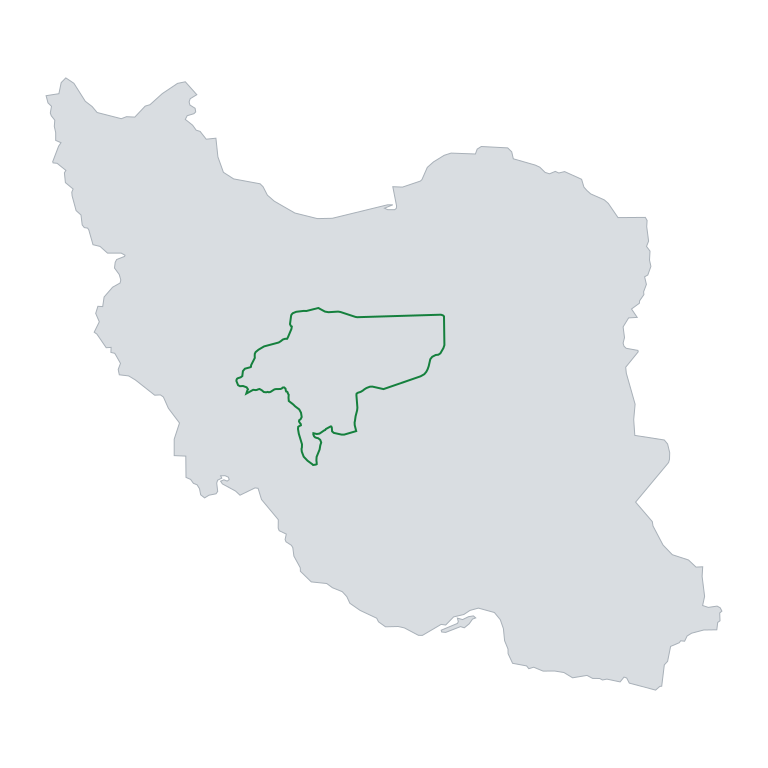 Iran, with Esfahan highlighted
{"feature_id": "IRN-3211", "entity_name": "Esfahan", "entity_type": "Province", "adm_level": 1, "iso_a3": "IRN", "parent_name": "Iran", "parent_adm1": "", "projection": "mercator", "projection_center": [51.611, 32.657], "detail": "fine", "context": "in_parent", "style": "outline", "palette": "green", "viewbox_px": 768, "rotation_deg": 0, "n_neighbors": 0, "source": "natural_earth", "source_scale": "10m", "svg_char_len": 5649}
<svg xmlns="http://www.w3.org/2000/svg" viewBox="0 0 768 768"><path d="M392.8,186.7L402.5,187.1L420.3,181.1L421.9,179.7L427.3,167.4L433.5,161.9L444.2,155.3L451.1,153.1L475.4,154.0L477.2,149.1L481.3,146.5L507.7,147.9L511.7,151.8L513.3,158.8L535.3,165.1L539.8,167.2L545.1,172.4L549.5,173.8L555.3,171.4L558.8,173.0L564.6,171.6L581.6,179.3L583.9,187.1L587.0,190.6L590.7,193.9L604.3,199.9L608.3,203.4L618.0,217.6L645.3,217.4L647.1,220.5L646.7,226.6L648.6,241.1L646.5,246.4L650.0,251.1L649.5,260.1L650.9,266.4L647.8,275.0L644.6,276.8L646.4,284.4L643.6,291.8L643.9,294.6L639.6,300.8L639.4,303.2L631.5,309.0L637.2,317.4L628.6,317.9L623.1,326.9L624.5,337.6L623.1,343.1L624.0,346.2L626.2,348.3L637.9,350.4L638.2,351.8L625.7,367.2L626.3,373.2L635.1,404.2L633.7,419.6L634.8,435.4L664.3,440.0L667.6,444.0L669.7,452.7L669.5,459.2L668.6,462.5L635.6,502.1L652.3,521.6L653.0,526.0L663.0,545.0L672.3,554.7L688.5,560.0L696.0,567.1L702.7,566.8L702.1,576.4L704.6,596.4L702.6,605.5L708.3,607.4L717.1,606.1L720.2,607.8L721.9,611.1L719.7,613.0L720.0,620.8L717.7,622.4L716.8,629.8L703.7,630.0L691.6,633.2L687.1,636.0L684.6,641.2L680.6,640.8L679.3,642.7L670.6,646.4L667.6,661.3L664.3,664.9L661.7,686.2L659.8,686.4L655.6,690.1L629.3,683.1L626.7,678.0L624.0,677.1L620.1,681.9L606.9,679.1L602.5,680.0L599.7,678.5L592.6,678.4L587.0,675.4L572.6,677.8L563.9,672.5L554.6,671.0L543.1,671.1L533.7,667.2L528.8,668.7L526.6,665.9L512.6,663.3L508.1,653.7L508.0,649.0L504.6,640.7L503.4,628.6L500.3,619.7L494.4,612.5L478.4,608.1L470.0,610.4L463.8,614.5L453.6,616.9L445.7,625.0L441.1,624.4L422.4,635.4L418.4,635.3L404.4,627.9L398.2,626.5L385.5,626.8L378.5,621.8L376.7,618.2L360.1,610.4L349.9,603.3L346.8,596.6L342.3,591.7L332.4,587.7L326.7,583.5L311.3,581.9L300.4,571.3L300.3,567.8L293.9,556.1L292.8,547.6L291.4,545.3L286.0,541.8L285.1,539.5L286.3,534.1L279.2,530.7L278.2,528.1L278.3,519.7L261.5,499.5L258.1,488.3L255.0,487.9L240.0,495.2L235.6,491.1L222.4,483.9L220.6,481.2L223.9,479.8L227.2,481.1L229.2,479.6L228.4,477.2L225.1,475.7L220.6,475.8L221.8,478.1L217.6,480.2L216.7,483.1L217.7,491.4L216.0,493.8L209.0,495.2L204.6,497.9L200.7,494.8L199.5,488.7L197.1,484.8L193.4,483.3L190.6,479.4L186.0,477.4L185.8,456.1L174.2,455.6L174.2,439.2L179.5,423.0L168.4,408.3L163.4,397.0L160.4,394.9L154.7,395.2L135.3,379.9L128.6,375.9L119.3,374.8L118.2,369.4L120.5,363.4L116.1,355.6L114.7,353.3L110.9,352.4L111.1,347.4L106.2,347.7L96.9,334.1L94.2,332.2L99.3,321.8L95.7,313.4L97.9,306.3L102.7,306.6L104.1,297.0L112.6,287.2L120.1,283.0L120.8,280.0L119.3,274.6L114.5,268.0L115.2,262.3L116.7,259.5L124.6,256.4L125.0,255.2L121.2,253.1L107.5,253.1L100.0,246.4L93.0,244.7L88.8,229.9L87.6,228.1L84.3,227.6L82.2,224.9L81.0,215.0L76.1,210.6L72.1,195.8L71.8,192.2L73.1,189.0L65.4,182.6L64.4,172.8L65.9,170.4L57.1,163.3L53.1,162.9L52.7,161.7L58.6,146.2L61.0,142.7L55.7,140.4L55.7,132.7L54.3,126.3L54.8,120.2L51.3,115.8L50.3,113.0L51.5,106.3L48.0,102.9L46.1,95.7L58.9,93.7L61.2,82.6L65.8,77.9L73.9,83.3L85.3,101.3L92.1,106.5L97.1,112.5L121.3,118.7L126.5,116.7L134.8,117.1L145.2,106.1L150.0,104.7L162.3,93.6L177.5,83.4L185.3,81.8L196.8,94.7L190.2,98.7L189.1,101.9L189.9,105.0L195.1,108.3L195.7,111.9L193.9,113.7L187.2,115.7L185.3,119.4L192.6,125.2L196.2,130.2L200.1,131.4L206.2,139.2L215.9,138.2L217.9,156.9L223.4,172.3L233.6,178.9L260.1,183.8L263.1,186.8L267.4,195.2L274.3,201.2L294.8,213.0L317.3,218.6L332.3,218.3L387.6,204.8L392.8,204.8L384.5,208.2L387.7,209.7L394.7,209.7L396.3,208.4L396.6,206.1L392.8,186.7ZM472.5,619.1L469.2,623.8L464.3,627.8L460.5,626.6L445.7,632.4L441.7,632.0L441.2,630.2L457.5,623.4L458.3,621.6L457.4,618.1L462.6,619.6L468.5,616.7L473.4,615.9L475.7,617.9L472.5,619.1Z" fill="#d9dde1" stroke="#a8b0b8" stroke-width="1"/><path d="M255.6,352.1L258.5,349.7L264.1,346.4L278.7,342.5L280.9,341.1L282.9,339.5L285.1,338.8L287.1,338.8L288.0,337.1L291.4,329.0L291.8,326.5L290.8,325.9L290.0,324.1L291.1,315.8L291.5,314.6L292.8,313.2L296.2,311.8L303.7,310.9L306.4,311.0L318.3,308.0L325.0,311.6L328.5,312.2L338.1,311.6L340.5,312.0L355.4,316.9L357.2,317.2L440.9,314.7L442.8,315.3L443.7,316.0L444.0,316.5L444.4,345.1L443.4,348.1L440.4,353.3L438.4,354.7L435.7,355.0L432.2,356.8L430.3,359.2L428.7,366.2L427.6,369.3L426.3,371.8L424.3,374.2L420.6,376.3L383.5,389.1L372.4,386.6L369.9,386.7L366.5,388.0L364.4,389.3L362.8,390.6L360.6,391.9L358.0,392.7L356.6,393.6L356.4,395.0L357.4,407.7L357.1,410.4L355.6,416.2L354.9,421.2L354.6,422.2L354.7,425.1L356.2,431.1L344.2,434.6L341.6,434.6L333.8,432.9L332.1,431.4L331.8,427.6L331.3,426.5L330.7,426.4L325.9,429.0L325.2,430.0L324.2,430.4L319.5,433.6L316.8,434.0L313.4,433.2L313.3,434.4L314.1,436.3L315.2,437.4L316.6,437.9L318.1,438.2L320.2,439.8L321.2,442.5L320.3,445.3L319.6,449.5L316.6,456.9L316.4,460.5L316.7,462.9L316.7,464.2L315.8,464.6L313.1,465.0L312.4,464.3L307.5,460.7L303.7,456.7L301.8,451.7L301.5,448.9L301.9,447.5L302.0,444.3L298.8,433.7L298.0,429.0L298.2,426.8L299.4,426.0L300.9,425.3L300.8,424.1L299.7,422.7L299.0,421.5L299.2,420.2L300.6,419.2L301.7,417.0L301.0,412.7L299.2,409.4L295.1,406.3L293.3,404.5L288.8,401.0L288.5,397.7L288.7,394.7L287.9,393.5L287.6,392.3L287.1,391.7L286.2,391.5L285.8,390.5L285.5,388.6L284.1,387.4L282.6,387.6L281.8,388.5L280.4,389.0L275.8,389.1L274.4,389.4L270.5,391.9L268.9,392.3L267.8,391.9L266.1,392.3L263.8,392.0L261.7,390.2L259.5,389.0L258.0,389.4L256.9,389.9L255.6,390.1L253.2,389.8L246.3,393.6L247.3,390.5L248.0,389.3L246.6,387.3L243.0,386.0L240.0,386.2L238.1,385.2L236.4,381.0L236.4,380.6L236.6,379.6L237.1,378.7L237.9,378.2L240.7,377.3L242.3,376.1L242.9,371.1L244.9,368.7L250.1,367.3L251.0,366.8L251.0,366.0L251.2,365.0L254.8,357.9L254.7,356.0L254.8,353.8L255.6,352.1Z" fill="none" stroke="#15803d" stroke-width="2"/></svg>